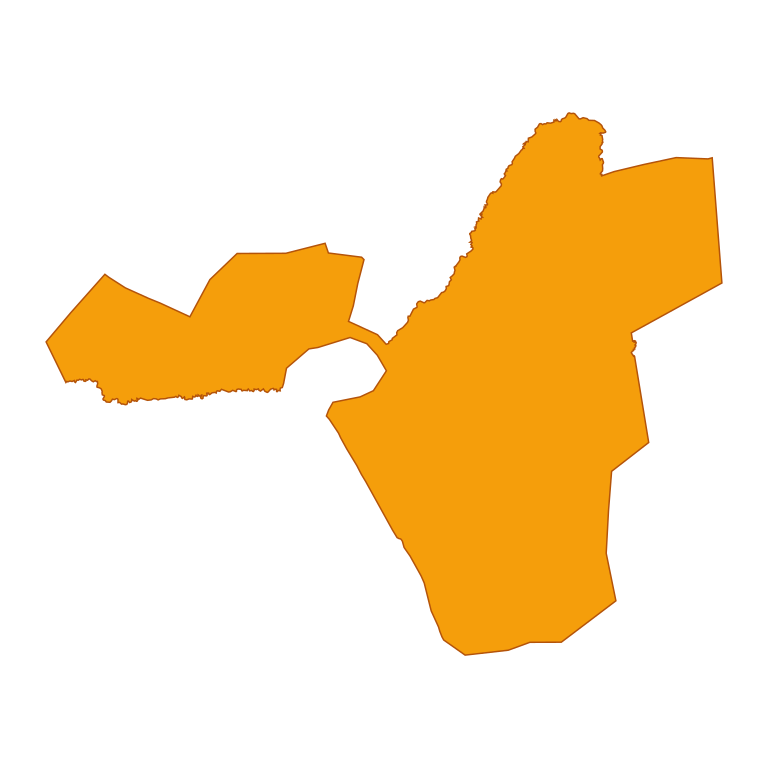 outline of Bayantu'men, Dornod, Mongolia
{"feature_id": "93677404B39885701054599", "entity_name": "Bayantu'men", "entity_type": "district", "adm_level": 2, "iso_a3": "MNG", "parent_name": "Mongolia", "parent_adm1": "Dornod", "projection": "orthographic", "projection_center": [114.734, 48.046], "detail": "fine", "context": "isolated", "style": "filled", "palette": "amber", "viewbox_px": 768, "rotation_deg": 0, "n_neighbors": 0, "source": "geoboundaries", "source_scale": "gbopen_adm2", "svg_char_len": 6100}
<svg xmlns="http://www.w3.org/2000/svg" viewBox="0 0 768 768"><path d="M326.4,416.0L329.4,419.4L338.5,433.1L340.6,437.7L346.8,449.0L356.8,465.5L361.4,474.4L365.8,481.7L392.6,530.2L397.1,537.6L399.0,538.6L400.6,538.9L401.6,540.0L402.4,541.3L404.1,547.5L410.1,556.1L421.1,575.9L424.2,582.9L431.2,610.9L438.5,626.9L439.8,631.3L442.0,636.9L443.7,640.0L465.1,655.1L508.3,650.2L529.9,642.3L561.3,642.2L615.9,600.8L606.2,553.3L608.5,510.8L611.6,471.3L648.7,442.5L634.6,356.6L633.8,356.4L634.1,355.8L632.8,355.1L631.3,352.7L632.3,351.2L633.6,350.5L633.4,349.4L634.8,349.0L634.5,347.8L635.6,346.7L635.8,345.6L635.2,345.4L635.0,344.9L635.9,343.9L636.1,342.4L635.3,342.1L635.5,341.2L634.9,340.8L634.4,341.1L634.8,341.6L634.5,342.1L633.9,342.0L633.8,340.8L632.6,341.1L631.3,332.9L721.9,283.0L712.2,157.8L708.0,158.9L676.1,157.6L643.8,164.5L614.1,171.6L601.6,175.9L601.4,175.5L601.8,174.4L600.4,174.0L600.4,173.4L602.5,170.9L602.7,168.6L602.4,164.7L603.4,163.1L603.5,162.2L602.2,158.7L601.3,158.7L600.2,160.0L599.6,158.3L598.7,157.0L598.8,156.0L602.3,152.1L602.4,151.1L602.1,150.2L600.1,149.0L600.1,146.6L602.1,143.9L602.1,142.7L602.8,142.5L602.8,142.1L602.4,140.8L602.7,139.5L602.0,135.6L600.4,135.1L600.9,133.9L599.8,133.4L600.6,132.8L603.1,133.1L605.5,132.3L605.7,131.7L604.8,130.1L602.8,128.1L601.8,125.6L601.0,124.7L599.0,123.0L594.5,120.5L588.9,120.3L587.0,118.6L583.1,117.7L580.4,118.9L579.0,118.8L574.7,113.7L573.4,113.3L571.2,113.6L569.1,112.9L567.9,113.5L565.7,117.3L564.6,118.1L562.3,118.8L561.4,119.8L561.3,120.9L560.3,121.7L558.5,121.4L556.9,119.5L556.5,120.6L555.3,119.8L555.2,120.7L553.9,120.2L553.9,122.1L550.6,123.2L547.1,122.8L545.9,123.9L544.1,123.8L542.6,124.6L541.0,123.6L539.9,123.7L539.3,124.1L537.6,127.2L535.1,129.2L535.2,131.5L535.8,132.9L535.6,133.6L531.8,137.0L528.4,138.2L528.2,141.8L526.2,141.5L526.1,142.5L525.2,142.5L525.0,143.1L523.6,143.6L523.4,143.9L525.3,144.0L525.3,144.6L522.9,146.7L524.0,148.3L522.8,148.3L522.1,149.7L521.4,150.0L518.8,153.6L515.3,156.3L514.5,158.2L512.1,161.8L512.4,163.4L511.9,164.6L509.0,165.7L508.2,166.9L507.9,168.3L506.2,169.3L506.1,170.0L506.9,170.9L505.8,171.1L505.2,172.8L504.3,173.7L504.6,174.8L505.5,175.3L505.1,176.3L503.3,178.6L502.7,179.0L501.4,178.7L500.6,179.8L500.1,181.9L501.4,183.8L501.3,185.7L496.2,191.6L495.1,192.1L492.9,191.8L492.5,192.3L492.7,193.1L491.9,192.8L490.6,193.3L487.9,197.3L487.4,199.3L486.5,201.3L486.5,202.3L487.5,204.0L487.4,204.8L485.0,205.0L485.9,206.8L485.8,207.6L485.2,207.8L484.2,207.0L484.1,208.4L483.1,211.0L480.0,214.0L480.0,214.6L480.7,214.9L481.9,214.3L481.9,214.8L481.0,215.8L482.4,217.3L481.5,217.3L481.1,219.0L478.6,218.0L478.4,220.0L478.8,221.0L476.5,221.9L476.7,223.7L476.1,224.8L476.1,226.6L474.9,227.1L476.1,227.7L475.9,228.3L474.9,228.7L475.3,230.2L474.6,230.8L471.6,231.4L471.3,232.5L469.8,233.5L469.8,234.3L470.5,235.4L470.8,238.2L471.6,240.3L471.4,240.9L470.1,242.1L471.5,242.0L472.1,242.7L470.8,244.5L472.1,245.9L471.1,247.0L472.8,247.6L473.0,249.0L471.2,250.9L466.7,253.9L467.2,255.9L466.9,256.7L465.6,257.4L462.0,256.1L460.5,256.5L460.1,257.2L459.8,257.9L460.0,259.8L459.1,261.6L456.1,265.6L455.1,266.4L455.4,266.6L454.2,267.2L455.0,270.4L454.4,272.1L454.3,273.6L452.3,275.8L450.2,277.5L451.3,279.8L449.4,281.8L449.0,284.9L448.1,285.9L446.1,286.5L446.3,288.8L445.1,290.9L443.4,292.2L441.6,292.6L437.6,297.7L435.0,298.4L433.9,299.5L430.7,300.0L429.4,300.8L427.1,300.4L424.8,302.6L424.0,302.8L420.2,301.1L418.3,301.7L416.8,303.7L416.7,304.4L417.1,306.2L416.9,307.4L413.5,309.1L409.9,316.2L408.2,316.2L407.9,317.6L408.4,320.2L407.6,322.3L402.7,327.7L397.7,330.7L396.7,332.6L396.9,334.9L392.3,338.4L392.1,339.8L388.9,341.6L388.6,343.5L386.2,344.3L377.5,334.7L348.5,321.4L353.3,305.9L357.8,283.4L364.0,259.6L361.6,257.2L328.4,253.0L325.1,243.3L285.8,253.3L237.1,253.5L209.9,279.6L189.9,316.8L160.2,303.1L148.4,298.3L125.4,287.9L108.7,277.2L104.9,274.3L70.6,312.9L46.1,341.9L65.9,382.5L66.8,381.4L67.8,381.9L69.9,381.0L72.1,381.5L74.2,380.5L74.6,381.9L75.5,382.5L76.9,380.1L78.4,380.2L79.6,379.3L81.6,379.9L83.0,379.4L83.5,379.8L83.8,381.0L85.1,381.4L86.0,380.9L85.9,379.8L87.6,380.2L88.9,378.9L90.0,379.1L91.6,380.8L93.3,381.8L95.2,380.7L96.3,381.5L97.4,381.5L97.7,383.6L96.9,386.1L97.1,387.2L99.5,387.8L101.2,388.9L102.2,391.3L102.0,392.7L102.3,394.8L104.3,395.6L104.3,396.7L103.0,398.8L103.0,399.3L103.5,400.1L105.3,400.6L106.3,402.0L110.0,402.3L111.4,400.9L112.4,399.2L114.5,399.6L116.4,398.6L117.4,398.7L118.0,399.4L118.0,402.6L119.6,402.4L121.5,404.1L123.1,404.0L125.3,404.7L126.8,404.4L127.4,403.3L127.7,401.2L128.5,401.1L129.6,402.5L131.1,402.0L131.7,401.1L131.7,399.5L134.3,401.1L135.4,400.6L136.3,401.3L137.1,401.2L137.7,400.3L136.8,398.9L136.9,398.3L138.8,399.3L140.5,398.1L147.5,400.3L151.2,399.9L153.5,398.6L156.3,398.9L158.1,399.9L160.4,398.9L165.3,398.7L168.0,397.9L174.4,397.2L175.9,396.4L177.3,397.4L178.4,396.8L178.9,395.3L181.3,396.6L181.6,397.8L182.5,398.4L184.4,396.9L184.7,397.5L184.6,398.7L185.0,399.5L186.8,399.8L189.1,398.9L192.1,399.1L192.4,398.9L192.7,396.4L194.2,397.0L195.3,396.7L195.8,396.0L195.8,394.6L196.3,395.9L197.4,396.4L198.0,396.2L198.1,394.9L199.9,396.2L200.7,396.1L201.4,395.0L201.9,395.1L200.6,397.1L201.0,398.4L202.1,398.8L203.0,398.2L203.1,396.6L203.9,395.6L206.3,395.9L207.0,395.6L207.2,394.6L206.7,393.8L206.7,393.2L208.6,393.1L209.0,394.3L209.7,394.6L212.1,392.8L215.0,392.4L216.2,393.0L216.5,391.6L217.2,390.8L219.8,391.3L221.5,389.3L228.5,392.0L230.2,391.8L232.7,390.3L236.0,391.6L236.5,391.2L236.5,390.1L237.0,389.4L238.4,389.0L241.3,389.4L241.7,390.7L242.4,390.9L243.6,390.3L247.3,390.6L247.4,389.8L248.3,389.0L249.7,390.9L251.7,390.5L252.6,391.3L253.4,391.5L254.1,390.6L254.1,389.1L256.4,389.6L258.4,388.9L259.0,390.3L260.5,391.1L263.4,388.9L264.9,391.3L267.2,392.4L268.1,392.0L270.6,389.2L273.2,388.4L273.7,388.6L274.0,389.9L275.8,389.2L276.6,389.4L276.6,391.4L277.0,391.7L278.3,390.5L280.2,390.8L280.0,389.6L280.4,388.1L282.3,387.5L283.6,383.4L286.5,368.2L308.9,348.9L317.9,347.5L350.1,337.5L366.8,343.7L377.3,355.2L386.4,370.8L373.4,390.7L360.1,396.9L333.0,402.3L328.7,409.9L326.4,416.0Z" fill="#f59e0b" stroke="#b45309" stroke-width="1.5"/></svg>